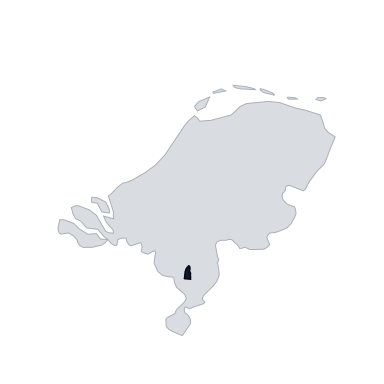 location of Someren, Noord-Brabant, Netherlands, rotated 22°
{"feature_id": "6326949B17219588023251", "entity_name": "Someren", "entity_type": "district", "adm_level": 2, "iso_a3": "NLD", "parent_name": "Netherlands", "parent_adm1": "Noord-Brabant", "projection": "albers", "projection_center": [5.682, 51.386], "detail": "fine", "context": "in_parent", "style": "filled", "palette": "ink", "viewbox_px": 384, "rotation_deg": 22, "n_neighbors": 0, "source": "geoboundaries", "source_scale": "gbopen_adm2", "svg_char_len": 4164}
<svg xmlns="http://www.w3.org/2000/svg" viewBox="0 0 384 384"><g transform="rotate(22 192 192)"><path d="M236.8,328.8L230.7,328.7L225.0,328.5L221.9,328.0L218.7,326.6L217.2,323.6L215.5,320.0L216.0,317.8L221.3,311.6L222.1,309.9L221.5,309.0L222.1,306.2L226.2,296.9L226.7,293.2L224.8,290.6L222.2,289.1L213.7,286.3L209.6,282.4L207.7,279.0L205.8,278.0L203.0,279.2L195.9,280.4L190.2,278.6L183.5,272.1L181.9,266.3L181.1,261.9L179.5,260.4L177.2,262.6L174.3,266.2L168.6,266.5L167.0,265.7L166.7,263.7L166.4,261.8L164.9,259.5L163.2,258.1L155.9,264.6L153.2,264.6L149.9,262.0L148.2,259.5L144.5,260.8L141.1,263.8L142.2,269.6L140.4,270.6L136.3,270.0L131.7,267.6L126.5,266.0L118.8,261.9L107.7,264.8L100.2,260.8L93.9,260.2L90.1,257.1L86.0,251.7L89.1,248.4L92.0,247.3L103.6,247.0L111.9,249.3L126.8,260.9L130.6,260.9L134.7,259.5L132.7,256.4L128.9,254.9L123.4,251.7L119.0,247.4L129.5,246.2L128.1,244.0L126.8,240.2L116.0,226.9L118.0,223.4L121.0,215.9L124.5,209.6L127.3,208.0L131.9,203.6L141.9,190.7L148.3,180.1L153.1,167.5L160.3,132.7L162.4,126.8L165.7,120.3L169.7,121.6L172.5,123.5L182.5,118.6L199.5,105.9L204.6,94.7L209.5,89.5L228.9,79.4L239.6,76.3L256.1,75.4L268.0,73.5L282.3,72.6L287.8,78.8L291.1,83.3L296.2,85.8L304.2,87.3L303.9,96.4L304.3,114.2L303.8,117.4L300.4,125.0L296.8,138.6L296.0,147.5L294.8,149.2L279.6,149.4L277.4,151.0L277.1,152.9L277.9,155.2L277.6,157.4L276.4,159.3L277.1,162.2L279.8,165.5L284.7,167.5L289.9,167.6L292.6,167.2L294.6,169.6L296.6,173.2L296.5,177.9L295.8,184.1L293.5,189.9L286.5,196.6L283.3,199.0L280.3,200.3L278.9,202.0L278.3,204.3L278.5,206.2L283.6,211.5L283.5,212.7L282.1,215.5L280.2,218.1L267.1,223.7L261.6,223.3L258.6,226.1L257.6,226.6L254.1,224.1L246.5,221.3L243.6,222.3L242.0,223.9L237.2,225.8L233.7,228.8L233.7,232.7L239.9,242.5L242.1,244.5L242.2,248.2L245.2,252.8L248.3,258.6L248.6,262.3L248.3,266.0L246.8,271.3L241.5,283.8L241.4,286.2L241.9,288.0L243.7,288.5L245.1,289.4L244.7,291.1L234.7,299.7L233.4,301.3L229.2,300.8L228.5,302.3L229.1,304.6L230.8,306.6L234.4,307.7L237.5,309.9L240.0,314.2L236.8,328.8ZM131.7,267.6L130.7,271.1L128.3,275.0L120.3,280.6L112.0,284.1L107.8,283.6L104.9,281.5L103.4,279.4L99.1,277.3L93.1,276.2L89.3,278.2L86.5,280.2L84.2,279.7L82.5,278.0L81.2,275.3L79.7,267.1L84.2,265.7L93.9,265.4L101.4,268.5L111.3,270.2L118.9,266.4L124.8,269.9L131.7,267.6ZM116.0,233.7L121.7,239.0L122.8,240.7L123.2,242.5L115.9,244.3L108.3,237.8L103.1,239.2L101.2,236.1L101.2,234.2L106.6,232.8L116.0,233.7ZM172.5,108.1L166.8,114.8L163.4,112.8L162.4,111.3L164.2,106.0L172.7,97.4L172.5,108.1ZM197.8,78.4L192.5,79.1L190.1,77.7L202.9,74.0L211.0,72.9L212.4,73.4L197.8,78.4ZM232.0,71.4L220.9,73.0L217.1,71.8L216.5,70.7L219.5,70.1L229.0,69.9L232.0,70.9L232.0,71.4ZM185.4,85.7L174.9,92.5L174.0,91.4L180.8,85.4L185.4,85.7ZM277.5,59.3L272.3,59.7L273.7,57.1L278.5,55.2L281.2,55.2L277.5,59.3ZM254.9,66.4L247.0,69.7L245.0,69.0L245.5,68.1L252.5,66.0L254.9,66.4Z" fill="#d9dde1" stroke="#a8b0b8" stroke-width="1"/><path d="M218.8,263.6L218.7,263.4L218.6,263.2L218.4,262.9L218.2,262.7L218.0,262.4L217.9,262.3L217.7,262.0L217.6,261.9L217.4,261.7L217.2,261.7L216.9,261.7L216.8,261.8L216.5,261.8L216.5,262.0L216.4,262.2L216.4,262.3L216.4,262.5L216.3,262.8L216.2,262.9L216.2,263.0L215.9,263.2L215.8,263.3L215.8,263.2L215.8,263.3L215.7,263.3L215.8,263.3L215.8,263.5L215.7,263.6L215.7,263.8L215.7,264.1L215.5,264.7L215.5,264.8L215.5,265.0L215.5,265.3L215.5,265.5L215.4,265.8L215.4,266.0L215.4,266.3L215.4,266.5L215.5,267.3L215.5,267.6L215.5,268.2L216.2,270.6L216.2,270.8L216.3,271.2L216.4,271.3L216.5,271.7L216.5,271.9L216.7,272.5L216.8,273.0L217.0,273.6L217.1,274.0L217.3,274.2L217.3,274.3L217.4,274.5L217.3,274.8L217.3,275.0L217.6,275.1L217.9,275.1L218.1,275.0L219.3,274.6L219.9,274.4L220.1,274.4L220.3,274.3L220.5,274.3L221.0,274.1L221.6,273.9L221.9,273.8L223.3,273.4L222.9,272.4L222.6,271.7L222.5,271.4L222.3,271.0L222.1,270.6L221.8,269.9L221.6,269.9L221.5,270.0L221.3,268.5L221.3,268.4L221.3,268.2L221.2,268.1L221.1,267.9L220.8,267.6L220.7,267.6L220.5,267.3L220.4,267.2L219.9,266.8L219.6,266.4L219.4,266.3L219.4,266.2L219.3,265.9L219.2,265.8L219.2,265.7L219.1,265.3L219.1,265.2L218.8,263.6L218.8,263.6Z" fill="#0f172a" stroke="#020617" stroke-width="1.5"/></g></svg>